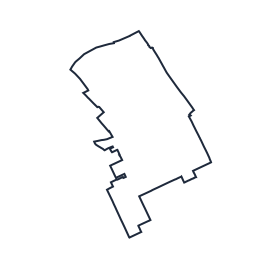 outline of Ianca, Romania, rotated 136°
{"feature_id": "2599482B25351029590238", "entity_name": "Ianca", "entity_type": "district", "adm_level": 2, "iso_a3": "ROU", "parent_name": "Romania", "parent_adm1": "", "projection": "mercator", "projection_center": [24.181, 43.749], "detail": "fine", "context": "isolated", "style": "outline", "palette": "slate", "viewbox_px": 256, "rotation_deg": 136, "n_neighbors": 0, "source": "geoboundaries", "source_scale": "gbopen_adm2", "svg_char_len": 3936}
<svg xmlns="http://www.w3.org/2000/svg" viewBox="0 0 256 256"><g transform="rotate(136 128 128)"><path d="M203.1,48.2L196.9,46.1L190.7,44.0L190.4,45.1L189.5,47.5L188.5,50.5L188.4,50.6L175.8,46.2L173.7,52.4L171.6,58.6L171.2,59.9L169.7,64.4L167.4,71.1L160.9,68.8L154.5,66.6L154.2,66.6L153.2,66.3L149.7,65.1L148.3,64.6L142.0,62.5L135.8,60.4L129.9,58.3L129.7,58.2L129.4,58.0L126.5,57.1L123.5,56.0L123.3,56.0L123.7,54.8L124.1,53.8L124.8,51.8L125.3,50.2L125.5,49.7L125.3,49.6L124.7,49.4L124.1,49.2L123.5,49.1L122.9,48.8L122.4,48.7L121.8,48.5L121.2,48.3L121.0,48.2L120.9,48.1L120.6,48.0L120.2,47.9L119.1,47.5L118.8,47.4L118.5,47.4L118.3,47.3L118.1,47.2L117.8,47.1L117.6,47.0L117.3,46.9L117.2,46.9L116.9,46.8L116.7,46.7L116.3,46.5L116.2,46.4L115.8,46.3L115.6,46.3L115.5,46.2L115.3,46.2L114.8,46.0L114.7,46.0L114.4,45.9L114.2,45.9L113.8,45.7L113.6,45.6L113.3,45.6L113.2,45.5L112.2,48.2L111.6,50.4L111.0,52.0L105.4,50.1L93.4,46.0L92.7,45.8L92.1,45.6L91.7,46.4L90.9,48.6L90.1,50.3L89.6,51.8L88.5,54.9L87.5,58.0L86.2,62.2L85.4,64.5L84.0,68.6L83.7,69.8L83.4,70.5L83.2,71.1L83.1,71.7L82.6,73.1L81.7,76.1L80.9,78.8L79.9,81.9L79.2,84.2L77.8,88.2L76.8,91.8L76.2,94.0L74.9,93.6L74.2,93.4L74.2,93.5L74.7,95.0L73.4,95.2L73.0,95.3L72.1,95.3L71.4,95.3L70.5,95.2L69.6,95.2L68.8,95.1L68.1,95.0L67.9,96.5L67.6,97.8L66.3,106.8L65.6,111.9L65.4,114.4L65.2,116.9L64.3,123.8L62.4,136.6L61.7,141.0L61.1,143.3L60.1,146.9L59.8,148.2L59.4,149.6L57.3,157.4L57.1,158.5L56.8,159.7L56.7,160.1L56.4,161.5L56.3,162.1L56.1,163.0L55.7,165.0L55.2,167.2L55.1,167.4L55.0,167.5L54.8,167.9L54.5,168.3L54.6,168.5L54.8,168.8L54.8,169.0L55.1,169.2L55.1,169.3L55.3,169.4L55.5,169.4L55.9,169.5L56.0,169.7L56.1,169.8L56.1,170.0L56.1,170.3L56.1,170.5L56.2,170.8L56.3,171.1L56.3,171.4L56.2,171.5L56.0,172.0L55.9,172.2L55.8,172.3L55.8,172.5L55.8,172.8L55.9,173.0L55.9,173.3L56.0,173.5L55.9,173.8L55.6,174.0L55.5,174.3L55.4,174.8L55.3,175.0L55.0,177.3L54.8,179.5L54.7,179.7L54.5,180.8L54.3,182.0L54.2,182.4L54.1,183.2L54.0,183.9L53.9,184.6L53.7,185.3L53.7,185.7L53.6,186.3L53.4,186.9L53.3,187.6L53.2,188.4L53.0,189.1L53.0,189.4L52.9,190.2L61.7,192.8L62.4,193.0L62.7,193.1L62.8,193.0L63.0,193.1L68.0,195.0L73.8,197.2L78.6,199.7L79.2,198.8L83.0,201.4L87.9,204.1L91.3,205.9L94.9,207.9L108.3,211.6L114.6,211.7L118.9,212.0L119.8,212.0L120.0,212.0L120.4,212.0L125.6,211.0L128.9,210.0L128.3,203.9L128.4,196.6L128.7,194.4L130.0,184.1L130.5,182.6L135.8,184.3L135.7,180.8L135.8,177.3L135.7,176.8L135.7,173.7L135.7,168.9L135.6,168.4L135.7,167.6L135.6,167.4L135.6,167.1L135.6,165.9L135.6,164.4L135.4,164.3L135.3,164.1L135.1,164.1L134.7,164.0L134.3,163.4L134.1,163.1L134.5,156.2L143.1,156.6L143.7,149.7L143.8,147.0L144.0,143.7L144.0,143.2L144.1,142.7L144.2,140.2L144.3,138.9L143.7,138.8L145.3,132.3L148.5,133.6L150.8,134.5L153.5,136.2L155.6,137.8L158.7,139.7L161.8,141.7L162.1,140.9L162.2,140.5L162.4,140.2L162.5,139.9L162.6,139.1L162.6,138.5L162.6,138.0L162.5,137.6L162.2,136.4L162.0,135.5L161.4,133.4L161.0,131.8L160.7,130.9L160.6,130.5L160.5,129.7L160.4,128.5L160.4,128.4L160.3,128.2L159.9,128.1L159.6,128.0L159.0,127.9L158.2,127.7L157.8,127.6L156.9,127.4L156.5,127.2L156.1,127.1L155.0,126.7L154.2,126.3L153.2,126.0L151.9,125.4L152.2,124.5L155.4,125.7L155.7,124.8L156.0,123.6L156.1,123.2L156.2,122.9L156.2,122.5L156.4,121.9L156.4,121.7L156.1,121.5L155.7,121.4L151.2,119.9L150.9,119.8L150.8,119.7L151.2,118.6L151.8,116.7L152.0,116.3L152.1,116.1L152.6,114.5L153.0,114.6L153.0,114.4L153.1,114.1L153.3,113.7L153.3,113.0L153.4,112.7L153.5,112.1L153.6,111.8L154.5,109.0L167.0,113.3L169.8,105.0L170.2,103.9L171.3,100.5L171.2,100.5L162.5,97.5L163.6,94.4L164.4,94.7L164.8,94.8L165.1,94.9L166.0,95.3L165.7,96.3L165.9,96.4L170.6,97.9L171.3,98.2L171.5,98.3L171.8,98.4L171.9,98.6L171.9,98.8L175.2,99.9L178.0,100.8L179.5,96.3L183.0,97.4L186.0,98.2L190.0,86.0L191.1,83.1L192.3,79.5L193.4,76.5L194.5,73.3L196.7,67.1L197.7,64.0L199.5,58.7L203.1,48.5L203.1,48.2Z" fill="none" stroke="#1e293b" stroke-width="2"/></g></svg>